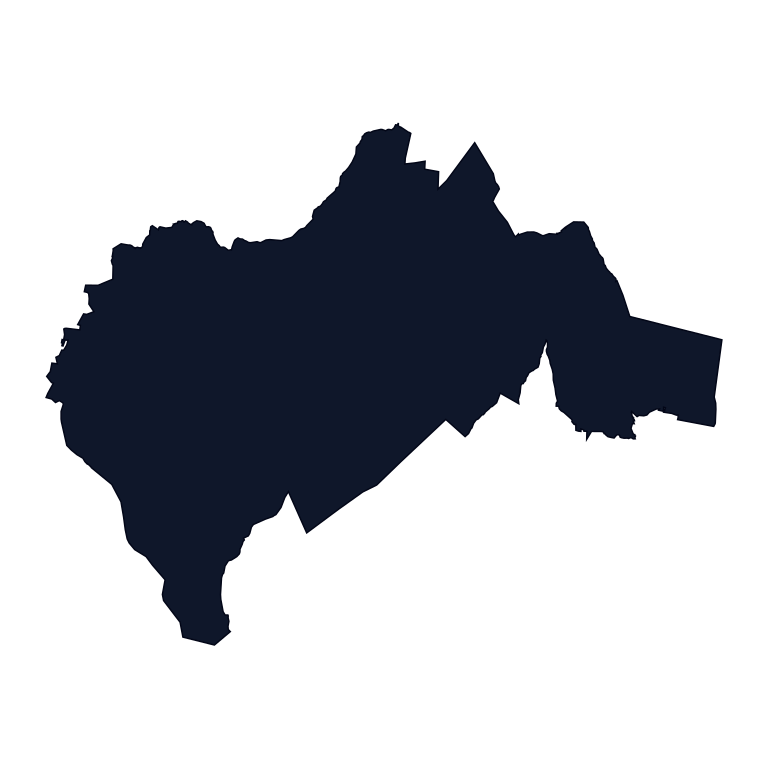 the district of Calpulalpan, Tlaxcala, Mexico
{"feature_id": "50627088B29705305606348", "entity_name": "Calpulalpan", "entity_type": "district", "adm_level": 2, "iso_a3": "MEX", "parent_name": "Mexico", "parent_adm1": "Tlaxcala", "projection": "natural_earth1", "projection_center": [-98.554, 19.552], "detail": "fine", "context": "isolated", "style": "filled", "palette": "ink", "viewbox_px": 768, "rotation_deg": 0, "n_neighbors": 0, "source": "geoboundaries", "source_scale": "gbopen_adm2", "svg_char_len": 6076}
<svg xmlns="http://www.w3.org/2000/svg" viewBox="0 0 768 768"><path d="M474.7,142.7L446.7,180.6L438.0,189.2L438.6,171.7L424.7,169.2L425.1,161.2L415.0,162.9L404.9,164.0L405.3,158.1L410.8,133.4L409.5,132.5L408.4,132.2L400.6,127.0L400.1,127.5L398.3,125.6L398.4,123.0L397.3,125.0L395.6,124.8L394.0,128.0L391.7,129.9L388.8,129.4L387.6,129.6L385.7,130.8L382.1,129.5L380.8,129.4L373.2,131.1L370.6,132.4L368.7,132.1L366.5,132.8L364.7,133.9L363.5,135.7L362.3,136.5L362.0,139.4L360.5,141.4L359.9,143.2L356.4,147.0L355.9,154.0L352.2,162.0L348.6,167.5L345.6,171.0L343.8,172.3L342.6,173.6L342.3,175.1L340.7,176.4L340.3,178.0L340.2,181.4L338.9,186.9L336.9,187.6L336.1,188.4L335.2,191.1L327.2,198.1L326.3,199.9L323.5,201.7L322.2,204.0L320.4,206.2L318.2,206.9L317.6,207.8L314.2,210.2L312.5,216.5L313.1,218.9L312.9,219.4L306.9,225.5L305.5,227.4L304.0,228.3L300.7,229.1L298.9,230.4L292.6,236.8L290.6,237.8L284.1,239.6L281.8,240.6L269.6,239.6L266.0,240.0L260.8,242.6L259.7,242.6L257.1,241.7L250.7,242.7L248.6,242.5L245.8,240.9L244.8,240.7L242.5,239.1L240.0,238.9L238.0,237.9L235.2,239.8L234.3,241.2L232.2,246.8L231.5,249.9L230.5,249.8L228.9,250.3L227.9,250.0L224.7,247.5L223.4,247.1L220.7,247.3L220.0,246.8L219.2,245.6L217.5,244.1L215.2,240.1L212.9,234.1L213.0,232.3L212.6,231.3L211.8,230.7L210.8,228.0L210.0,227.2L208.4,226.7L206.4,226.9L205.5,226.0L204.1,223.3L201.1,221.6L196.8,220.8L193.5,222.6L191.9,223.9L191.8,224.8L190.7,224.5L188.3,223.1L187.6,222.1L185.5,220.8L184.1,222.1L182.8,220.7L181.9,220.8L181.2,221.6L178.9,221.3L178.0,221.5L177.4,223.4L176.7,223.2L173.5,224.1L174.0,224.6L173.2,225.1L171.8,227.4L165.8,228.1L160.0,226.8L159.0,227.5L158.4,229.8L152.3,225.7L150.7,226.8L150.2,230.7L149.8,230.8L149.7,234.9L146.3,237.5L142.7,244.2L142.8,245.4L141.9,247.5L141.1,248.2L140.7,248.3L140.8,247.8L139.0,247.8L137.6,247.3L135.9,247.7L135.4,248.5L135.0,248.5L134.3,248.1L134.4,247.6L133.4,247.2L131.7,245.7L129.9,245.0L128.0,245.0L121.1,243.8L113.1,248.8L113.2,250.6L112.5,255.1L112.7,256.1L112.1,256.3L112.6,258.0L111.4,260.6L112.3,264.1L113.1,265.5L112.8,279.2L98.1,285.3L85.7,285.2L84.3,291.7L87.4,292.4L88.7,293.6L89.2,298.7L88.9,304.1L93.9,311.7L86.7,314.4L83.6,313.9L77.7,324.6L80.4,325.4L79.8,329.9L66.4,328.3L64.8,328.4L63.8,329.0L64.6,334.6L63.7,339.5L63.5,339.8L62.1,339.5L61.5,342.8L62.5,343.3L61.9,345.7L63.0,346.0L65.1,340.1L68.1,340.2L66.7,345.2L63.6,350.3L61.8,350.1L59.3,355.6L55.9,357.3L57.4,363.8L51.9,363.1L50.3,371.6L46.7,376.4L51.6,382.6L53.4,383.2L47.8,393.4L46.1,397.5L51.7,399.0L55.5,402.5L59.3,400.6L62.9,402.8L63.3,404.4L61.1,411.4L61.1,419.1L61.5,422.1L66.8,445.4L71.5,450.2L77.0,454.7L82.9,458.2L84.9,461.6L87.2,464.0L87.5,463.6L91.3,467.2L91.3,467.6L111.8,484.4L121.0,501.8L123.6,517.1L125.3,529.8L127.2,538.9L129.2,543.0L134.7,549.6L146.1,556.6L152.6,565.3L165.1,579.8L162.4,594.5L163.6,600.6L180.1,622.2L182.9,637.1L214.4,645.0L230.3,631.6L228.6,629.9L228.2,628.9L228.0,626.2L228.9,621.3L228.1,617.8L228.2,615.8L227.9,615.0L225.1,615.0L223.1,611.7L220.8,599.4L220.5,594.5L221.5,577.9L222.5,574.5L223.7,573.0L225.0,566.1L228.4,560.7L231.4,560.0L236.8,556.6L239.3,553.9L239.9,552.0L240.0,549.2L242.2,544.3L243.0,541.5L244.3,540.0L243.5,538.1L248.3,535.9L249.8,533.2L251.4,527.2L253.4,524.5L265.2,519.2L272.9,516.5L273.6,515.8L275.9,514.6L281.0,507.5L284.8,497.5L288.4,491.6L306.7,532.9L338.3,509.4L362.8,491.9L376.7,485.0L400.8,461.7L445.8,419.4L465.1,436.6L468.5,433.6L471.0,428.7L471.9,428.0L473.6,423.3L476.1,419.9L478.3,418.9L481.9,414.9L483.3,414.7L484.8,413.0L485.2,412.1L489.3,408.6L490.4,407.2L492.3,406.4L496.6,402.7L500.2,393.1L518.8,403.7L518.3,399.6L520.1,392.9L520.8,385.5L521.8,383.7L523.2,383.6L523.9,382.2L525.5,380.8L526.2,377.4L527.5,375.8L528.9,372.8L531.9,370.9L533.1,370.5L534.6,369.1L538.0,367.2L539.2,363.7L539.8,358.2L541.0,356.4L540.7,355.8L541.0,354.7L542.3,352.7L543.4,347.0L544.9,344.3L546.1,340.0L546.8,340.5L546.9,341.8L547.4,342.5L547.5,344.2L547.5,347.1L546.4,349.7L546.4,351.3L547.2,354.4L548.2,356.0L549.8,360.3L550.2,363.4L552.2,369.2L553.2,373.9L553.3,380.1L555.1,388.2L555.9,394.6L557.5,400.9L557.5,401.9L557.0,402.0L556.3,403.2L556.2,406.2L558.7,406.2L559.3,408.8L561.3,410.9L563.8,412.3L571.6,419.3L572.2,420.2L571.9,421.6L572.9,423.0L573.5,423.2L573.7,424.0L574.5,424.5L575.8,424.3L575.9,430.3L578.3,431.1L580.9,431.4L580.9,428.9L583.7,429.9L583.9,431.2L586.9,431.3L586.7,439.3L591.5,431.4L602.8,431.5L604.2,433.6L604.9,432.8L604.8,433.2L605.9,435.0L608.0,436.7L611.3,437.5L614.1,438.0L616.7,434.9L618.4,434.7L619.5,435.3L620.2,437.2L621.5,437.7L624.0,438.2L627.3,438.1L628.7,438.5L630.0,437.8L631.7,437.8L632.5,438.5L633.6,438.9L635.2,438.8L634.8,437.9L635.5,436.1L635.1,435.9L634.8,434.6L633.6,434.4L633.0,433.4L631.0,428.4L632.4,423.6L634.2,423.7L633.2,421.1L634.5,420.8L634.2,419.7L633.3,418.8L633.6,418.1L633.0,418.0L633.1,417.3L632.4,416.9L632.5,416.3L631.9,415.6L631.8,413.2L631.3,412.3L631.7,411.4L636.9,416.5L637.5,416.5L638.8,415.4L643.8,415.8L646.9,415.0L649.4,412.2L656.3,409.0L659.4,408.9L658.6,410.2L663.0,411.2L663.6,409.5L663.6,407.2L665.4,407.7L664.9,410.0L663.7,412.2L671.7,413.4L676.3,415.1L678.1,415.1L678.1,417.6L677.6,419.6L713.7,426.4L715.1,423.8L715.3,422.7L715.9,409.2L715.7,403.1L714.2,397.1L721.9,339.8L629.8,316.5L622.9,295.2L617.0,280.8L615.7,281.5L616.0,279.2L615.4,278.1L613.4,276.3L611.7,273.8L610.4,273.2L609.7,272.1L608.3,270.8L606.2,268.2L605.2,265.5L604.1,264.6L603.1,258.9L602.3,257.5L601.7,257.3L598.6,253.5L598.6,253.0L597.0,249.3L596.3,248.3L595.1,247.5L594.1,242.9L592.8,241.1L592.3,239.8L592.4,239.0L590.7,235.9L589.3,231.2L588.5,229.8L588.2,227.4L583.8,222.1L573.6,221.9L566.0,226.8L566.3,227.3L565.4,228.4L564.8,227.7L561.2,230.8L561.5,232.0L559.1,232.9L559.2,233.3L556.9,233.4L557.2,234.3L549.2,233.7L544.8,235.2L544.6,235.5L542.5,235.7L536.9,232.9L533.8,232.0L527.2,232.1L519.1,234.7L519.0,235.1L518.5,235.0L518.3,234.0L515.7,236.7L515.3,236.7L513.8,234.7L507.3,222.2L498.4,211.0L492.9,201.7L492.7,201.0L493.4,200.3L494.5,197.6L499.3,189.0L498.6,186.7L497.3,184.6L495.7,182.9L494.9,181.0L493.3,173.7L474.7,142.7Z" fill="#0f172a" stroke="#020617" stroke-width="1.5"/></svg>